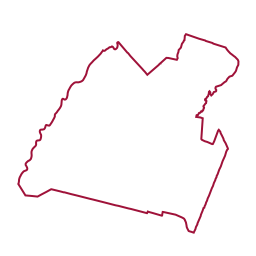 outline of La Gomera, Escuintla, Guatemala, rotated 5°
{"feature_id": "79465075B56387033973668", "entity_name": "La Gomera", "entity_type": "district", "adm_level": 2, "iso_a3": "GTM", "parent_name": "Guatemala", "parent_adm1": "Escuintla", "projection": "equal_earth", "projection_center": [-91.137, 14.084], "detail": "fine", "context": "isolated", "style": "outline", "palette": "rose", "viewbox_px": 256, "rotation_deg": 5, "n_neighbors": 0, "source": "geoboundaries", "source_scale": "gbopen_adm2", "svg_char_len": 5408}
<svg xmlns="http://www.w3.org/2000/svg" viewBox="0 0 256 256"><g transform="rotate(5 128 128)"><path d="M219.9,41.4L218.2,39.3L205.5,36.5L204.9,36.0L197.9,34.5L197.3,34.1L191.1,32.9L177.6,29.5L176.6,31.3L176.6,35.6L176.1,35.9L175.8,37.1L174.4,39.4L173.7,43.3L171.7,45.9L171.6,47.9L170.9,50.3L170.8,52.2L171.4,54.1L170.7,55.8L161.9,54.7L160.1,54.8L154.8,60.5L154.8,60.9L154.0,61.2L153.1,62.5L142.6,73.3L139.9,70.5L139.0,69.7L138.5,69.3L137.3,68.1L124.0,56.0L121.6,53.4L120.8,53.0L111.0,43.3L110.4,43.4L109.9,43.9L109.9,44.6L110.1,45.1L110.4,45.8L110.5,46.7L110.5,47.1L110.4,47.9L110.3,48.5L110.2,48.9L110.0,49.3L109.7,49.7L109.4,50.0L108.9,50.5L108.5,50.7L107.9,50.7L107.4,50.5L107.1,50.2L106.7,49.5L106.1,48.9L105.9,48.6L105.2,48.2L104.8,48.2L104.5,48.5L103.9,48.9L103.5,49.0L103.0,49.1L102.5,49.2L102.1,49.6L101.8,49.9L101.2,50.5L100.8,50.7L100.4,51.0L99.8,51.4L99.3,51.8L99.1,52.1L98.8,52.4L98.2,53.0L97.6,53.2L97.2,53.2L96.8,53.2L96.3,52.9L95.9,53.7L95.2,54.7L94.3,56.3L91.8,59.5L89.7,61.8L88.0,63.6L87.1,64.8L86.1,66.1L85.1,67.3L84.1,68.8L83.6,70.0L83.0,71.5L82.6,73.3L82.1,75.2L81.9,77.1L81.5,78.6L81.3,79.3L80.0,82.2L79.4,83.5L79.0,84.3L78.3,85.0L77.7,85.5L76.8,86.0L75.6,86.5L74.7,86.8L73.6,86.9L72.8,86.9L71.8,87.1L71.0,87.4L70.5,87.7L70.0,88.2L69.1,89.1L68.0,90.4L67.4,91.4L66.7,92.9L66.5,93.3L66.2,94.1L65.7,95.1L65.3,96.2L65.1,97.2L64.9,98.4L64.9,99.4L64.9,100.8L64.7,101.7L64.7,102.2L64.5,103.1L64.3,103.7L64.0,104.2L63.7,104.6L63.3,105.0L62.6,105.2L62.2,105.2L61.9,105.1L61.3,104.7L60.7,104.6L60.4,104.6L60.0,105.0L59.7,105.8L59.6,106.3L59.6,107.3L59.6,108.3L59.6,109.4L59.6,110.4L59.5,111.2L59.3,112.1L58.6,113.7L58.0,114.8L57.3,115.9L56.5,117.1L55.7,118.6L55.1,119.4L54.5,120.1L54.2,120.5L54.1,120.9L54.0,121.4L54.0,121.9L54.1,122.5L54.1,123.0L53.7,124.2L53.1,125.6L52.5,126.9L52.2,127.7L51.8,128.5L51.5,129.2L50.8,130.3L50.4,131.2L50.0,131.8L49.7,132.2L49.3,132.5L48.8,132.5L48.3,132.4L47.9,132.4L47.3,132.3L46.7,132.1L46.2,132.2L45.8,132.8L45.7,133.2L45.6,133.9L45.4,134.8L45.1,135.6L44.8,136.1L44.5,136.5L44.1,136.7L43.7,136.8L43.3,136.9L42.7,137.1L42.2,137.1L41.7,137.2L41.0,137.4L40.6,137.9L40.4,138.7L40.5,139.5L40.6,139.9L41.0,140.7L41.3,141.3L41.7,141.9L42.0,142.4L42.1,142.9L42.2,144.1L42.2,144.7L42.1,145.5L41.9,146.5L41.7,147.2L41.4,147.6L41.0,147.9L40.3,148.1L39.6,148.2L39.0,148.3L38.5,148.5L38.1,148.8L37.9,149.1L37.7,149.9L37.7,150.9L37.8,151.6L37.9,152.2L37.9,152.7L37.8,153.1L37.5,153.8L37.2,154.3L36.8,154.7L36.3,155.2L35.8,155.9L35.2,156.6L34.9,157.1L34.6,157.7L34.4,158.3L34.1,159.2L34.0,159.7L34.0,160.1L34.0,160.6L34.0,161.1L34.1,161.8L34.2,162.3L34.3,162.9L34.4,163.5L34.4,164.2L34.4,165.1L34.3,165.6L34.1,166.6L34.0,167.1L33.8,167.5L33.5,167.8L33.1,168.4L32.5,168.9L32.1,169.2L31.6,169.4L31.0,170.0L30.5,170.5L29.7,171.5L29.2,172.4L29.2,173.2L29.3,173.8L29.6,174.2L29.9,174.6L30.3,175.2L30.6,175.7L30.9,176.2L31.1,176.7L31.2,177.2L31.2,177.8L31.0,178.4L30.5,178.9L30.2,179.1L29.7,179.3L29.2,179.6L28.6,179.9L28.0,180.2L27.6,180.6L26.9,181.6L26.3,182.4L25.6,183.8L25.1,185.1L24.7,186.0L24.4,186.7L24.3,187.3L24.1,188.1L24.0,188.7L24.0,189.4L24.0,190.5L24.0,191.1L23.9,191.9L23.9,192.4L23.8,192.9L23.6,193.3L31.7,204.1L37.9,204.1L43.9,204.2L47.5,201.8L52.5,198.6L56.8,195.7L57.8,195.8L66.3,197.1L69.7,197.7L70.2,197.6L74.7,198.4L77.0,198.8L79.0,199.1L84.2,199.9L96.4,201.9L99.2,202.3L111.0,204.2L122.4,206.1L125.3,206.4L135.5,208.1L138.0,208.4L151.5,210.7L154.4,211.2L154.5,211.1L155.0,209.5L156.5,209.9L159.3,210.4L169.4,212.4L169.6,212.2L169.7,210.5L169.9,208.6L170.6,208.6L183.0,210.2L185.9,211.2L189.2,212.3L190.9,213.0L191.8,213.5L192.6,214.6L192.8,214.8L192.9,215.3L193.3,215.8L194.0,217.2L194.8,220.0L195.0,221.0L195.3,221.9L196.1,223.3L197.4,225.3L197.7,225.4L198.0,225.5L199.5,225.8L200.6,226.0L201.2,226.2L202.6,226.5L202.9,225.6L204.0,222.8L204.3,220.8L205.5,218.0L205.5,217.1L208.1,209.3L208.2,208.1L209.5,204.0L210.2,201.1L210.9,200.8L211.3,198.8L211.9,197.5L212.3,195.4L213.1,193.4L213.5,191.3L214.6,188.4L216.8,180.6L217.7,178.4L218.4,175.2L219.5,172.3L219.6,171.3L220.5,169.1L220.5,168.1L221.3,166.3L222.5,161.6L223.8,158.2L225.1,152.9L227.1,147.2L227.9,143.1L228.7,141.0L229.3,140.4L229.3,139.7L226.6,134.7L224.5,131.8L224.0,130.3L222.2,127.3L220.7,125.0L220.3,123.7L218.6,121.9L218.0,122.8L215.0,133.8L213.9,136.6L213.2,136.7L208.2,135.0L205.7,134.5L202.6,133.3L202.0,132.6L201.6,111.8L199.2,111.2L195.0,111.0L195.1,110.4L195.1,110.0L195.2,109.3L195.7,109.0L196.3,109.0L196.6,108.9L196.9,108.3L197.1,107.7L197.3,107.0L197.7,106.7L198.2,106.7L198.6,106.5L198.9,106.0L199.2,105.4L199.4,105.0L199.8,104.9L200.2,105.2L200.6,104.8L200.7,104.1L201.2,103.9L201.4,103.5L201.5,103.0L201.6,102.2L201.9,101.7L202.0,101.0L201.8,100.6L201.3,100.2L201.4,99.3L201.9,98.7L202.3,98.1L202.7,97.4L202.9,97.0L203.6,96.4L203.6,95.8L203.7,95.0L203.8,94.3L203.6,93.9L203.0,94.0L202.6,93.8L202.3,93.3L202.3,92.6L202.7,92.2L203.1,92.0L203.4,91.5L203.9,90.9L204.0,90.3L204.3,89.9L204.7,89.7L205.0,89.3L205.1,88.5L205.5,86.6L205.5,84.9L206.0,84.3L206.9,85.3L206.8,86.7L208.1,88.3L209.4,86.9L210.4,84.7L212.3,83.9L212.6,83.4L212.6,82.4L211.7,81.2L211.7,79.9L212.1,79.2L217.1,77.1L217.8,76.3L220.2,73.9L221.4,73.1L221.9,72.4L222.4,71.2L222.8,70.3L224.6,68.0L227.4,66.8L229.9,63.0L230.6,61.6L231.3,58.1L232.4,55.5L232.2,51.9L231.4,50.4L228.4,47.8L227.8,47.5L224.6,45.4L224.1,45.1L223.5,44.8L223.0,44.3L221.6,43.1L219.9,41.4Z" fill="none" stroke="#9f1239" stroke-width="2"/></g></svg>